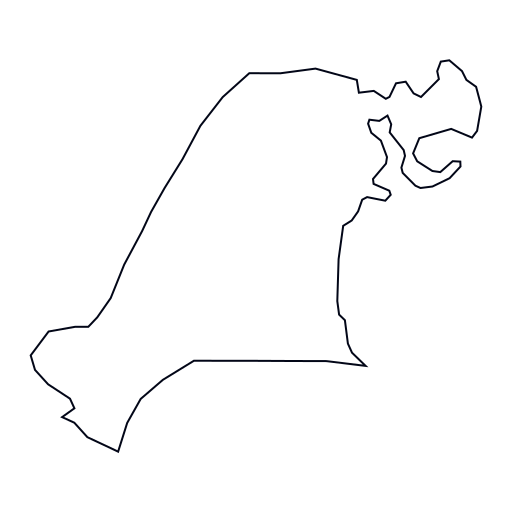 the district of Munchon City, Kangwŏn-do, North Korea
{"feature_id": "82179303B61369301137013", "entity_name": "Munchon City", "entity_type": "district", "adm_level": 2, "iso_a3": "PRK", "parent_name": "North Korea", "parent_adm1": "Kangwŏn-do", "projection": "equal_earth", "projection_center": [127.347, 39.259], "detail": "fine", "context": "isolated", "style": "outline", "palette": "ink", "viewbox_px": 512, "rotation_deg": 0, "n_neighbors": 0, "source": "geoboundaries", "source_scale": "gbopen_adm2", "svg_char_len": 1282}
<svg xmlns="http://www.w3.org/2000/svg" viewBox="0 0 512 512"><path d="M62.1,417.1L74.3,422.7L87.4,437.2L115.5,450.4L118.1,451.7L127.2,422.9L140.7,398.9L162.9,379.8L194.0,360.7L220.4,360.8L251.3,360.8L291.1,361.0L326.4,361.1L365.6,365.9L352.0,352.7L347.9,343.6L344.9,320.2L339.1,314.6L337.3,301.1L338.6,259.1L343.2,225.8L351.7,220.5L358.1,211.4L362.2,199.7L367.1,197.1L375.6,198.8L385.3,200.7L390.7,194.8L389.3,190.7L373.6,183.9L373.0,179.0L386.0,163.6L387.0,157.1L380.9,140.6L371.3,132.8L368.1,123.7L369.4,119.7L379.3,120.9L387.5,115.6L391.2,124.3L389.7,132.4L403.7,150.1L405.0,155.9L401.4,167.6L402.7,172.9L415.4,185.7L420.5,188.0L432.5,186.5L449.6,178.2L460.5,166.5L460.3,161.6L452.7,161.2L440.3,172.1L432.4,171.0L417.2,161.3L413.1,153.4L419.3,138.2L451.2,128.9L472.0,137.6L477.1,130.9L481.3,106.6L480.1,101.9L476.1,86.8L466.4,79.9L462.0,71.1L449.3,60.3L440.8,61.6L437.2,71.2L438.9,79.1L421.0,97.0L413.6,93.4L405.7,81.7L396.0,83.3L389.5,96.9L385.8,98.8L373.8,90.9L358.9,92.7L356.8,79.9L315.5,68.6L280.2,73.3L249.3,73.2L222.7,97.1L200.4,125.8L182.5,159.2L164.6,188.0L151.1,211.9L142.1,231.1L124.2,264.6L110.7,298.1L97.3,317.3L88.3,326.8L75.1,326.8L48.6,331.5L30.7,355.4L35.0,369.9L48.1,384.3L70.0,398.7L74.4,408.3L62.1,417.1Z" fill="none" stroke="#020617" stroke-width="2"/></svg>